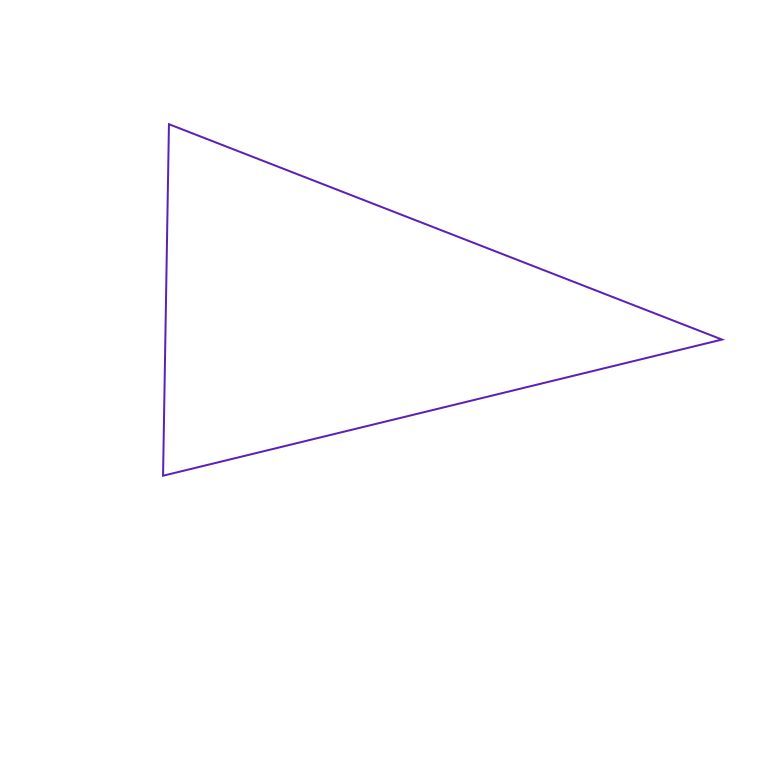 an SVG outline of Anetan, rotated 292°
{"feature_id": "NRU-4978", "entity_name": "Anetan", "entity_type": "state/province", "adm_level": 1, "iso_a3": "NRU", "parent_name": "Nauru", "parent_adm1": "", "projection": "orthographic", "projection_center": [166.935, -0.497], "detail": "fine", "context": "isolated", "style": "outline", "palette": "violet", "viewbox_px": 768, "rotation_deg": 292, "n_neighbors": 0, "source": "natural_earth", "source_scale": "10m", "svg_char_len": 213}
<svg xmlns="http://www.w3.org/2000/svg" viewBox="0 0 768 768"><g transform="rotate(292 384 384)"><path d="M216.2,213.5L544.3,87.3L551.8,680.7L216.2,213.5Z" fill="none" stroke="#5b21b6" stroke-width="2"/></g></svg>